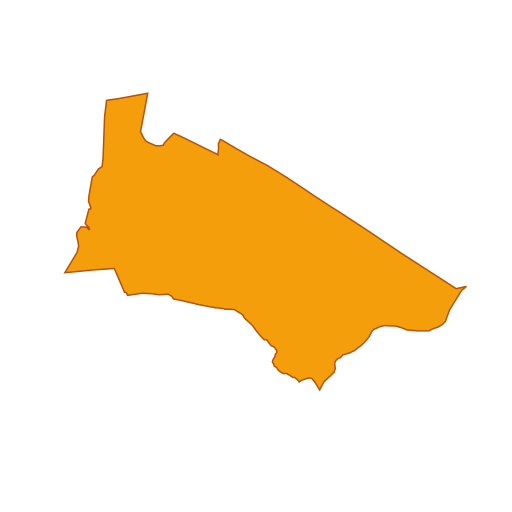 Fantanele, Arad, Romania, rotated 116°
{"feature_id": "2599482B83782028034718", "entity_name": "Fantanele", "entity_type": "district", "adm_level": 2, "iso_a3": "ROU", "parent_name": "Romania", "parent_adm1": "Arad", "projection": "equal_earth", "projection_center": [21.396, 46.094], "detail": "fine", "context": "isolated", "style": "filled", "palette": "amber", "viewbox_px": 512, "rotation_deg": 116, "n_neighbors": 0, "source": "geoboundaries", "source_scale": "gbopen_adm2", "svg_char_len": 2998}
<svg xmlns="http://www.w3.org/2000/svg" viewBox="0 0 512 512"><g transform="rotate(116 256 256)"><path d="M354.8,420.5L347.4,408.4L342.3,400.1L340.0,396.4L329.3,377.9L346.2,358.3L345.7,356.5L347.7,354.2L339.5,342.2L335.6,333.2L333.2,325.8L328.8,318.3L329.1,314.0L330.0,312.7L330.7,311.5L330.5,309.9L329.7,307.4L329.0,304.7L328.3,302.0L326.6,294.1L325.7,290.8L325.5,289.1L324.1,283.5L322.3,277.2L322.1,275.9L320.6,271.4L320.5,270.1L319.4,267.5L318.4,264.7L317.5,262.0L317.4,260.6L316.6,258.9L314.7,254.6L313.6,251.7L314.1,247.4L314.4,244.0L314.8,241.9L316.1,240.3L317.5,237.5L317.6,236.7L318.1,234.8L319.6,229.7L320.4,227.8L322.4,224.4L324.4,220.2L325.8,217.0L327.6,212.2L327.6,211.5L326.7,210.3L326.8,209.2L327.6,207.9L328.5,206.2L329.5,204.2L329.9,203.3L330.0,202.4L329.8,201.3L329.8,200.5L330.0,199.3L331.3,197.1L332.0,196.0L333.1,195.1L334.4,195.1L336.0,195.6L336.8,195.2L338.5,194.9L341.1,195.2L342.7,195.2L344.1,194.8L344.7,194.0L345.2,193.0L346.0,192.1L347.2,191.2L347.1,190.5L347.0,189.4L347.5,187.9L348.1,187.1L348.4,186.5L348.9,185.9L349.1,184.9L349.5,183.3L349.4,182.1L349.7,181.1L349.6,179.7L349.1,178.6L348.2,177.3L348.1,176.5L348.5,175.5L348.4,173.9L348.4,172.7L348.8,171.9L348.7,170.7L349.0,169.7L348.4,168.6L348.3,167.3L348.7,166.2L349.5,163.0L350.3,162.0L347.3,160.2L343.3,156.1L342.0,153.9L341.6,152.0L342.1,151.0L342.9,149.3L343.1,148.5L345.4,144.8L348.5,140.1L339.5,139.8L332.4,137.2L331.2,136.6L328.0,135.6L325.9,134.8L324.4,135.2L322.5,135.3L320.3,136.8L318.0,138.2L316.0,138.5L314.2,138.2L312.1,137.4L310.4,135.6L306.7,134.5L302.6,129.9L298.2,126.3L296.8,125.6L290.5,122.4L286.7,120.9L282.2,119.7L278.8,118.9L277.4,118.9L272.8,118.8L270.3,117.9L265.7,114.1L262.4,110.3L260.2,105.3L257.6,99.4L256.6,93.0L256.3,87.9L255.5,85.9L252.5,78.0L247.5,67.8L244.1,65.3L239.7,60.9L235.7,58.4L231.6,57.1L228.3,57.5L219.6,58.4L196.5,56.1L191.1,53.5L194.4,57.7L197.6,61.8L196.1,74.4L190.0,125.3L183.7,170.6L183.4,172.9L179.5,204.2L178.9,210.4L176.3,230.8L175.4,237.2L173.8,248.8L172.9,255.6L172.1,261.7L171.2,270.1L170.2,280.2L169.7,285.4L169.6,288.5L169.5,293.5L169.0,307.0L168.1,321.2L167.6,327.4L166.8,335.9L166.8,339.2L171.6,339.0L173.2,338.2L174.4,337.5L175.6,336.8L177.9,336.0L181.4,334.9L181.6,334.7L181.6,347.8L181.5,360.8L181.5,376.9L181.8,383.7L186.5,385.4L194.8,388.0L197.0,387.8L198.1,389.4L199.1,390.6L200.9,394.6L201.0,398.4L201.2,402.3L200.9,405.6L198.9,409.1L196.8,411.7L194.9,414.3L175.9,419.5L157.2,424.7L175.4,449.4L180.7,457.3L181.7,458.5L197.3,453.1L235.5,436.2L243.2,433.5L243.6,433.8L246.6,435.7L250.6,436.3L254.4,436.7L255.8,437.5L256.3,437.8L257.5,437.6L274.9,432.6L280.6,430.3L284.7,425.8L286.2,425.3L287.1,426.7L290.2,426.1L301.5,423.8L301.9,423.4L302.9,420.9L303.5,419.0L304.4,417.7L304.9,417.5L305.4,417.5L305.5,417.7L305.5,418.1L304.7,420.0L304.4,421.0L304.9,422.3L305.3,423.4L306.6,426.1L313.4,427.3L316.1,426.3L322.1,421.6L325.0,419.7L331.4,418.4L333.9,418.7L335.7,418.8L345.8,419.7L354.8,420.5Z" fill="#f59e0b" stroke="#b45309" stroke-width="1.5"/></g></svg>